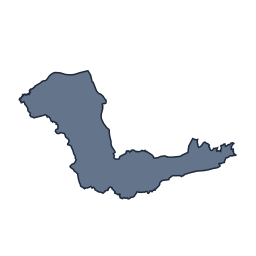 outline of Sam Ngam, Phichit, Thailand, rotated 78°
{"feature_id": "78962969B83024489424242", "entity_name": "Sam Ngam", "entity_type": "district", "adm_level": 2, "iso_a3": "THA", "parent_name": "Thailand", "parent_adm1": "Phichit", "projection": "natural_earth1", "projection_center": [100.162, 16.481], "detail": "fine", "context": "isolated", "style": "filled", "palette": "slate", "viewbox_px": 256, "rotation_deg": 78, "n_neighbors": 0, "source": "geoboundaries", "source_scale": "gbopen_adm2", "svg_char_len": 5905}
<svg xmlns="http://www.w3.org/2000/svg" viewBox="0 0 256 256"><g transform="rotate(78 128 128)"><path d="M177.1,27.6L176.6,28.5L176.3,28.6L174.9,29.9L173.4,29.8L173.1,30.0L173.0,29.8L172.6,30.0L172.1,29.7L170.6,29.4L170.7,30.9L170.0,31.5L169.6,31.3L169.1,30.7L168.3,31.1L167.6,30.7L165.6,28.7L165.2,27.7L164.7,27.9L164.6,28.4L164.1,29.0L164.3,30.4L164.5,30.9L165.5,32.0L165.1,33.2L166.0,35.3L166.2,36.5L163.7,36.6L163.7,37.6L164.6,38.9L164.4,40.1L164.5,40.7L165.2,41.0L166.3,40.7L166.9,40.8L169.0,42.1L169.8,42.1L169.8,42.4L170.1,42.4L169.1,43.9L169.2,46.0L168.7,46.2L166.0,44.6L166.3,45.8L166.0,46.2L166.1,47.0L165.7,48.3L166.9,49.5L167.3,50.1L167.3,51.0L166.8,51.9L165.8,52.3L164.6,52.1L163.1,52.9L162.7,52.8L162.2,52.1L161.5,52.1L160.0,53.2L159.1,54.6L157.8,55.6L157.8,56.4L158.4,57.5L160.7,60.1L161.2,60.9L161.6,62.0L161.5,62.9L160.4,63.2L156.8,63.2L155.4,63.0L153.7,62.3L153.8,63.3L153.6,63.8L152.9,65.5L152.7,65.6L151.8,66.9L158.3,72.3L164.4,74.5L165.8,80.8L166.6,82.6L165.7,91.1L165.5,91.6L164.8,95.0L164.4,95.2L164.1,96.3L163.0,97.5L162.6,101.4L163.2,104.9L163.2,106.3L163.0,108.2L162.6,109.2L161.6,109.0L159.5,110.0L154.8,114.7L154.8,115.1L154.9,115.4L154.7,115.9L154.5,116.0L154.1,115.8L153.9,116.2L153.5,116.1L153.5,116.9L153.6,117.3L153.4,118.2L153.0,118.6L153.0,119.1L152.8,119.4L153.5,120.7L153.5,121.8L153.2,123.5L152.7,123.9L152.9,125.0L152.5,125.2L152.2,125.9L151.7,126.1L151.1,126.7L150.5,127.6L150.7,128.3L150.5,129.0L150.5,129.5L151.2,129.6L151.6,130.8L152.0,131.2L150.6,131.9L150.4,132.5L150.8,133.3L150.1,133.8L150.5,134.5L151.8,135.0L152.7,136.1L152.9,137.4L153.3,138.5L154.1,141.7L154.8,142.3L156.1,142.8L156.3,143.2L156.4,143.7L156.2,144.0L156.2,145.1L156.0,146.3L155.5,147.0L154.2,148.1L153.8,148.0L152.3,147.1L150.2,147.8L149.8,147.4L149.2,145.7L148.9,145.6L148.1,145.7L143.2,147.6L140.7,148.0L137.5,147.4L132.5,147.6L129.6,147.4L125.7,146.8L123.0,148.9L118.3,151.0L113.6,152.1L112.4,152.0L111.1,151.9L108.5,151.1L103.6,148.6L103.0,148.5L102.4,148.9L101.5,148.0L99.7,148.4L99.0,148.0L99.1,146.4L99.3,146.3L99.0,144.4L97.1,143.8L95.9,143.8L95.1,144.6L91.7,145.8L89.7,147.3L89.0,148.0L88.3,149.3L87.5,149.9L85.2,151.1L76.0,152.6L75.5,153.6L72.3,153.5L70.2,153.6L70.1,153.8L68.7,153.5L63.7,155.3L63.7,157.3L63.9,163.3L64.5,169.8L64.2,172.2L63.8,174.4L62.6,178.1L60.1,182.6L59.3,185.1L58.6,187.6L58.7,189.8L59.5,191.8L60.5,193.8L64.2,198.0L64.4,198.7L64.4,201.9L64.5,202.4L65.0,203.3L65.7,204.1L66.8,207.7L67.8,210.5L68.7,210.8L68.8,211.8L69.6,212.5L69.5,213.1L69.8,213.4L69.8,214.2L70.0,214.6L69.8,214.8L69.7,215.2L70.1,215.4L70.2,215.6L70.4,215.5L70.4,215.9L70.7,216.0L70.6,216.4L70.7,216.6L71.7,216.5L72.6,217.0L72.7,216.7L73.1,216.8L73.1,216.4L73.4,216.6L73.5,217.1L73.8,217.2L73.6,217.6L73.8,218.3L74.3,218.2L74.1,218.5L74.3,218.7L74.3,219.0L74.0,219.1L74.2,219.4L74.1,219.9L74.4,220.0L74.0,220.0L74.1,220.4L73.8,221.2L74.3,221.0L74.1,221.4L73.9,221.4L74.0,221.7L73.8,221.8L73.6,222.8L73.8,223.1L73.5,223.3L73.4,223.9L73.8,223.8L73.7,224.1L74.6,224.1L74.6,224.5L75.1,224.6L75.2,224.8L75.0,225.1L76.2,226.5L76.4,227.4L76.6,227.3L76.7,226.8L76.7,226.5L76.9,226.5L76.9,227.3L77.3,227.7L77.1,228.0L77.4,228.4L78.0,228.3L78.1,228.0L78.4,227.8L79.4,227.6L79.7,227.1L80.2,227.2L80.5,227.1L80.7,227.3L81.1,227.2L81.1,226.2L80.6,224.5L80.9,224.3L81.6,224.0L83.6,223.9L84.9,223.0L88.2,221.9L88.4,222.1L89.9,222.2L91.2,222.0L92.4,220.8L93.6,220.6L95.1,221.3L95.4,220.9L96.0,220.9L96.8,220.5L98.2,217.8L98.5,217.8L98.2,209.4L97.8,206.0L98.9,204.9L99.0,205.2L100.6,204.6L100.5,203.2L102.4,202.1L105.3,201.7L105.5,201.0L106.6,200.5L106.2,199.6L106.5,198.9L107.4,198.2L107.8,197.2L108.4,197.2L109.2,197.6L109.7,197.0L109.8,196.3L110.4,195.9L110.9,195.9L112.4,196.4L112.9,196.3L113.6,196.4L114.2,197.0L114.7,198.9L116.0,199.7L116.8,199.5L118.7,198.4L119.1,196.2L118.5,194.7L120.2,191.4L122.2,190.9L123.8,190.9L124.9,189.8L125.7,189.6L126.4,188.8L128.0,188.1L129.1,188.8L129.8,189.0L130.8,190.2L131.7,190.5L132.0,190.2L132.4,189.2L133.1,187.9L133.9,187.6L138.3,186.6L142.5,186.3L143.8,185.6L144.5,185.5L146.7,185.9L147.9,185.3L148.5,185.5L150.9,187.3L151.5,188.4L151.9,190.3L153.1,192.3L153.7,192.7L153.9,192.7L154.7,192.3L157.3,189.9L159.0,189.5L160.0,188.4L161.6,187.4L162.3,186.7L163.7,186.9L167.6,187.1L171.5,186.8L173.2,186.4L174.9,186.4L175.4,186.2L176.5,184.7L178.4,183.2L178.2,182.8L177.7,183.0L177.6,182.6L178.2,180.4L178.0,178.6L177.4,177.1L177.7,176.3L179.2,175.8L179.3,175.2L178.9,174.6L178.9,174.2L179.6,173.5L180.6,173.1L181.9,173.0L182.1,172.4L183.7,170.9L184.4,169.9L185.6,167.1L186.6,166.1L186.1,165.0L185.6,164.5L185.4,163.7L184.8,163.3L184.6,161.5L184.8,160.7L184.2,160.1L182.8,159.6L182.8,159.0L182.4,158.5L182.1,157.2L182.6,156.9L183.0,156.1L184.2,156.3L185.4,155.3L187.8,153.9L188.4,154.4L189.0,154.5L189.6,153.3L190.9,152.1L190.8,150.3L191.2,149.5L191.5,149.6L192.0,150.3L192.5,150.6L193.6,149.9L194.6,150.2L195.9,148.2L195.9,147.7L195.3,147.1L195.2,146.6L196.2,145.1L196.2,143.2L197.1,142.9L197.4,142.4L197.4,141.5L196.5,139.5L196.6,137.4L195.9,135.8L194.5,134.7L193.7,133.6L192.5,132.7L192.4,132.4L193.2,130.4L193.8,128.1L193.8,126.7L194.2,125.2L193.9,123.4L194.0,122.6L194.5,122.3L195.6,122.4L196.1,121.9L195.7,120.8L194.4,119.7L194.2,119.1L194.2,118.7L195.2,118.0L195.3,117.6L194.2,116.5L194.2,115.1L194.4,114.6L193.5,114.7L193.3,113.3L190.7,109.5L189.9,108.8L188.7,108.5L188.1,108.1L186.8,106.3L186.5,104.9L187.0,98.8L185.9,98.3L185.4,97.6L184.2,95.0L183.9,93.7L184.5,91.7L185.3,87.3L186.5,85.8L186.3,85.7L186.2,85.3L186.2,83.9L186.0,83.3L185.5,83.1L185.1,81.6L184.6,75.7L184.5,69.2L185.4,62.8L185.5,60.2L185.6,58.1L185.3,54.2L185.4,49.0L184.7,46.5L184.2,45.8L183.2,45.9L182.0,46.6L181.8,46.4L181.6,45.4L182.2,44.1L181.8,43.0L181.7,40.9L181.2,40.9L178.3,38.9L177.6,38.6L177.4,37.7L177.7,37.4L177.6,36.3L177.2,35.4L176.4,34.0L176.4,33.4L176.8,32.9L176.7,31.6L177.0,31.4L176.6,29.7L177.0,29.5L177.1,27.6Z" fill="#64748b" stroke="#1e293b" stroke-width="1.5"/></g></svg>